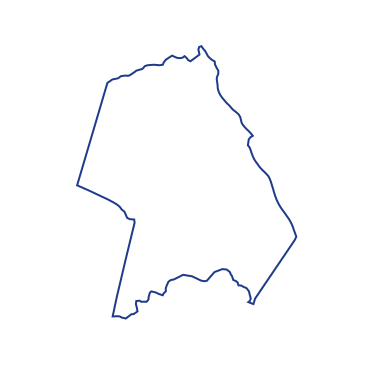 outline of Coruripe, Alagoas, Brazil, rotated 287°
{"feature_id": "56859067B77364556479199", "entity_name": "Coruripe", "entity_type": "district", "adm_level": 2, "iso_a3": "BRA", "parent_name": "Brazil", "parent_adm1": "Alagoas", "projection": "albers", "projection_center": [-36.219, -10.099], "detail": "fine", "context": "isolated", "style": "outline", "palette": "blue", "viewbox_px": 384, "rotation_deg": 287, "n_neighbors": 0, "source": "geoboundaries", "source_scale": "gbopen_adm2", "svg_char_len": 2453}
<svg xmlns="http://www.w3.org/2000/svg" viewBox="0 0 384 384"><g transform="rotate(287 192 192)"><path d="M334.2,158.3L332.9,156.5L330.2,156.4L325.6,159.0L316.6,152.3L317.0,149.8L318.6,147.7L319.7,145.1L317.8,143.8L316.6,141.7L315.9,138.7L316.2,135.9L316.6,133.1L312.6,129.7L310.7,128.2L307.7,127.1L305.2,126.9L303.8,124.1L302.5,118.2L301.3,115.1L300.0,112.0L298.5,110.1L295.2,108.6L291.8,103.3L289.9,102.0L285.6,98.5L284.4,96.9L283.9,94.3L282.0,90.2L279.1,88.0L277.6,85.3L276.4,83.0L273.6,80.8L271.6,79.2L164.8,80.2L163.3,92.9L162.0,101.8L160.2,114.3L158.9,120.7L157.9,124.5L156.7,127.2L154.7,129.9L153.4,133.2L150.1,136.0L148.2,137.7L147.9,140.8L148.8,144.8L145.7,146.1L107.8,148.3L92.7,149.3L74.0,150.5L70.4,150.7L49.8,152.5L51.3,156.8L51.9,159.2L51.4,161.7L51.7,165.7L57.5,169.9L58.1,171.8L60.1,173.4L61.9,174.8L65.5,172.9L68.5,171.1L71.4,170.6L72.7,173.5L72.2,175.6L73.8,180.7L76.4,181.8L79.1,181.2L83.5,181.2L85.1,182.2L85.3,187.4L84.8,189.6L84.7,194.2L86.8,194.5L89.3,196.0L92.1,195.1L94.4,195.1L99.3,195.7L101.7,197.6L103.0,200.1L105.2,202.5L110.2,207.7L111.4,216.7L109.9,226.7L110.3,230.0L111.5,232.2L122.0,236.9L127.2,243.7L128.0,248.0L126.4,251.8L124.7,253.0L123.3,254.8L119.9,257.3L119.7,260.1L118.8,262.1L116.3,263.7L116.9,266.4L116.3,269.2L116.0,272.2L113.7,275.5L109.5,277.9L107.5,279.3L104.8,279.2L103.2,278.1L103.0,280.3L102.8,283.5L108.5,283.5L172.8,303.3L176.1,304.3L179.8,304.8L183.8,301.8L185.9,300.2L187.9,298.8L189.5,297.5L191.2,296.0L192.8,294.4L194.3,292.8L195.9,290.8L197.4,288.8L199.5,286.2L201.3,283.7L202.9,281.7L204.6,279.7L206.4,277.9L208.2,276.2L209.8,274.8L211.8,273.3L214.0,271.7L216.5,270.0L218.6,268.7L220.4,267.4L222.7,265.9L225.6,263.9L227.6,262.2L229.5,260.4L231.1,257.7L232.5,255.1L233.5,253.0L234.8,250.8L236.1,248.8L237.4,247.1L239.2,244.7L240.4,243.2L242.0,241.4L244.1,239.6L246.5,237.7L249.0,236.0L251.5,234.0L253.0,231.8L255.6,231.4L258.8,230.9L261.3,231.8L263.5,233.7L265.1,231.4L266.1,229.7L267.3,227.5L268.3,225.4L269.8,222.9L271.2,220.9L272.5,219.4L274.9,217.9L277.7,216.3L280.0,213.7L281.4,210.5L282.6,207.3L284.1,204.7L285.3,203.0L286.4,200.8L287.3,199.0L288.5,197.1L290.1,194.7L291.2,193.0L292.6,191.2L294.1,189.6L296.3,187.8L298.7,186.3L301.4,185.3L303.5,184.4L305.3,183.5L307.6,182.5L309.6,182.3L312.6,182.6L315.7,181.7L317.8,179.4L320.7,176.7L323.5,175.5L324.1,172.7L325.3,169.8L326.6,167.5L328.7,165.4L330.5,163.6L332.3,160.8L334.2,158.3Z" fill="none" stroke="#1e3a8a" stroke-width="2"/></g></svg>